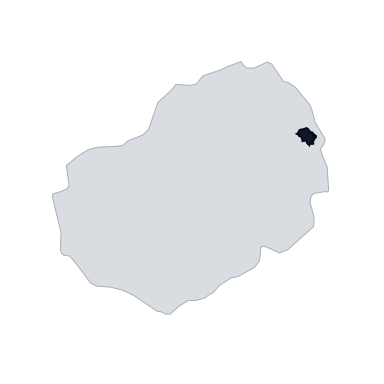 location of Centar Zhupa, Centar župa, North Macedonia, rotated 163°
{"feature_id": "65306769B61721229469178", "entity_name": "Centar Zhupa", "entity_type": "district", "adm_level": 2, "iso_a3": "MKD", "parent_name": "North Macedonia", "parent_adm1": "Centar župa", "projection": "equal_earth", "projection_center": [20.582, 41.471], "detail": "fine", "context": "in_parent", "style": "filled", "palette": "ink", "viewbox_px": 384, "rotation_deg": 163, "n_neighbors": 0, "source": "geoboundaries", "source_scale": "gbopen_adm2", "svg_char_len": 1960}
<svg xmlns="http://www.w3.org/2000/svg" viewBox="0 0 384 384"><g transform="rotate(163 192 192)"><path d="M173.2,97.7L179.4,98.5L192.9,94.7L201.3,89.6L205.5,88.8L211.2,86.8L219.4,87.1L227.7,89.4L238.2,86.4L248.5,81.6L252.7,82.8L257.2,86.9L260.2,88.0L277.6,109.7L287.1,118.5L298.2,125.1L311.0,130.0L315.6,134.7L323.9,157.8L327.9,166.6L333.3,169.2L334.7,171.8L334.9,175.1L329.1,191.4L327.0,228.0L325.5,230.9L319.2,230.7L310.7,231.5L307.6,234.3L304.4,254.1L290.8,259.7L278.5,262.9L268.1,262.2L249.8,257.5L243.8,257.0L238.7,259.6L222.4,261.0L215.2,264.5L198.5,287.6L181.5,295.6L175.7,299.6L162.6,294.5L156.4,294.0L147.4,299.9L127.6,300.5L122.2,301.5L107.0,302.4L106.3,299.2L103.5,294.6L96.4,292.4L81.9,294.3L78.3,290.9L72.3,271.2L67.6,268.1L62.4,261.5L53.6,240.2L53.4,230.9L54.0,222.8L49.1,203.7L52.1,198.9L56.6,195.9L56.7,188.3L55.4,176.6L60.8,153.8L62.2,152.2L63.6,153.3L76.6,155.1L80.0,152.2L82.1,147.7L82.8,131.1L85.9,123.4L117.3,108.8L126.5,108.2L133.6,114.9L139.2,119.2L142.6,119.1L143.8,114.8L147.6,106.5L154.0,101.7L173.0,97.7L173.2,97.7Z" fill="#d9dde1" stroke="#a8b0b8" stroke-width="1"/><path d="M61.6,204.4L61.8,204.8L61.4,205.2L60.2,205.7L60.0,206.7L59.5,206.7L58.7,207.4L59.0,208.0L58.4,207.6L57.4,207.8L57.1,208.4L57.4,208.8L57.1,209.2L57.7,209.4L57.3,209.5L57.9,210.1L57.5,210.0L57.5,210.5L58.6,210.4L58.0,210.8L58.5,211.7L58.6,211.4L58.8,211.9L59.3,211.7L58.9,212.3L59.1,212.6L60.0,212.5L59.0,212.8L59.1,213.5L59.7,213.5L59.9,214.3L61.1,214.0L60.8,214.5L61.2,214.7L62.3,218.2L63.1,218.7L63.4,219.8L67.3,219.8L68.3,219.5L68.8,220.0L70.1,220.1L71.6,219.8L72.5,218.4L73.2,218.1L74.1,217.2L75.2,217.1L73.7,215.5L73.4,214.5L73.0,214.4L73.1,213.7L72.1,213.5L71.9,213.1L71.3,211.1L71.7,208.1L70.6,208.2L69.8,207.9L69.4,208.4L68.5,208.1L67.9,206.8L68.0,206.1L67.5,204.4L66.2,202.1L65.9,203.1L65.1,203.3L64.1,202.9L63.9,203.2L62.7,203.0L62.5,202.5L61.9,202.3L61.4,203.1L62.1,203.9L61.6,204.4Z" fill="#0f172a" stroke="#020617" stroke-width="1.5"/></g></svg>